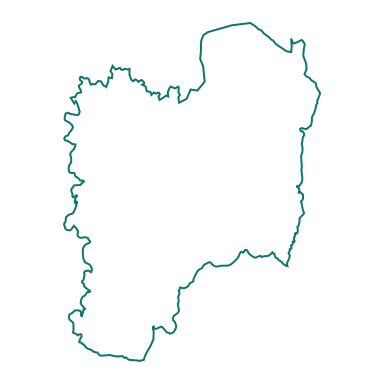 Kadiolo, Sikasso, Mali (Equal Earth projection)
{"feature_id": "8926073B46210070398927", "entity_name": "Kadiolo", "entity_type": "district", "adm_level": 2, "iso_a3": "MLI", "parent_name": "Mali", "parent_adm1": "Sikasso", "projection": "equal_earth", "projection_center": [-5.916, 10.605], "detail": "fine", "context": "isolated", "style": "outline", "palette": "teal", "viewbox_px": 384, "rotation_deg": 0, "n_neighbors": 0, "source": "geoboundaries", "source_scale": "gbopen_adm2", "svg_char_len": 5794}
<svg xmlns="http://www.w3.org/2000/svg" viewBox="0 0 384 384"><path d="M293.2,43.4L291.1,38.6L291.7,46.3L291.2,52.1L286.7,51.3L278.3,45.8L275.1,43.2L273.1,40.5L271.6,39.8L268.2,36.6L264.1,33.6L261.1,30.2L258.5,29.3L255.2,26.2L250.3,23.0L231.7,25.3L208.0,32.1L203.4,35.1L201.1,41.0L200.9,51.3L200.2,59.2L203.1,66.1L204.7,81.7L197.3,90.6L190.7,89.5L186.6,98.9L179.1,102.7L178.3,97.3L179.9,95.2L178.4,91.9L178.8,87.7L178.0,86.7L175.5,88.3L174.1,88.1L170.9,86.5L169.5,88.0L167.8,92.1L168.2,96.5L166.1,95.5L164.7,96.7L159.6,99.9L158.5,96.5L159.8,94.2L159.0,92.7L158.0,92.7L156.4,93.6L153.8,92.5L151.4,94.9L150.5,92.0L146.8,91.3L145.6,86.6L142.2,84.6L144.0,83.8L144.1,82.3L141.6,80.0L138.3,81.9L137.8,80.8L135.2,79.4L133.3,81.2L131.3,79.8L129.5,75.0L129.5,69.0L128.2,69.5L124.2,68.9L122.9,69.9L121.2,69.6L119.9,67.9L115.6,69.5L112.6,65.9L110.5,71.3L112.4,73.9L111.9,78.2L108.6,77.4L108.0,82.4L106.1,87.0L105.0,86.1L104.0,85.9L102.5,84.0L101.0,81.4L98.1,81.0L95.4,84.2L94.0,84.4L92.7,83.9L90.9,84.6L89.8,82.9L89.7,81.5L88.6,78.9L86.8,78.1L86.1,78.5L83.6,78.3L82.5,77.2L80.4,76.9L79.7,78.4L80.0,80.0L82.1,81.7L81.9,83.3L78.8,85.7L79.0,87.2L80.8,90.2L81.0,92.5L77.9,93.0L76.7,93.9L75.1,97.1L72.2,97.3L70.7,97.8L74.3,103.5L75.9,101.1L77.5,104.3L79.7,111.7L78.9,114.1L77.8,115.1L70.0,113.9L68.4,112.7L65.6,113.5L64.6,118.3L64.8,119.6L65.7,120.8L67.3,121.4L70.0,123.1L72.3,125.4L72.9,127.6L71.8,129.6L69.5,132.5L68.0,135.3L65.4,136.4L64.2,138.6L65.2,140.4L68.1,141.1L72.8,144.3L74.6,144.2L75.4,144.5L75.5,145.7L74.0,149.0L71.2,152.0L70.2,153.8L71.2,158.5L71.2,161.0L70.8,163.0L69.4,164.9L68.9,166.9L68.6,169.2L69.0,171.2L69.8,172.6L74.5,173.2L75.1,175.7L75.8,176.6L78.2,178.1L80.4,180.6L83.3,180.5L83.9,181.3L83.6,182.2L82.6,182.4L80.3,185.0L73.9,185.4L72.6,187.8L71.4,188.8L71.4,191.4L72.6,194.3L72.3,196.1L73.0,197.2L75.3,196.3L75.9,195.5L76.6,195.3L77.1,196.1L75.5,197.8L74.8,200.3L74.7,202.3L75.3,203.2L76.0,202.8L76.7,201.7L77.2,202.4L76.6,203.7L76.3,205.8L74.3,210.9L73.2,212.8L72.2,213.7L70.3,214.2L68.1,215.2L66.0,217.4L65.5,221.9L64.4,223.1L64.1,224.5L65.5,229.0L66.7,229.8L68.8,230.3L70.0,230.3L71.1,229.6L73.9,225.8L76.8,228.8L77.0,229.7L77.8,230.9L78.2,231.9L77.4,234.7L78.0,236.2L79.2,237.3L80.6,237.9L85.0,237.2L86.8,237.6L88.2,238.3L88.4,239.5L90.2,241.5L89.7,242.7L86.2,244.2L84.1,246.1L83.2,247.9L82.7,249.6L82.8,252.7L83.4,259.0L84.4,260.7L84.9,262.3L88.9,264.2L90.5,265.6L92.0,269.3L91.2,272.2L90.7,272.2L90.1,271.5L88.3,270.6L87.2,270.6L86.5,271.1L85.0,271.1L84.5,271.7L84.1,272.9L84.5,274.7L83.9,278.4L83.4,280.0L82.0,281.3L82.3,282.8L83.3,283.4L83.9,284.4L84.1,285.9L85.0,287.3L88.5,289.9L89.8,290.6L90.2,291.6L89.4,292.0L87.8,291.9L86.9,292.6L85.1,295.4L82.9,296.7L81.6,298.6L81.0,300.4L80.7,303.4L81.8,305.2L82.7,306.1L83.5,307.4L84.9,308.5L85.0,309.1L83.3,309.9L83.3,311.3L81.9,316.2L81.4,316.0L81.0,315.2L81.1,312.6L80.9,311.7L79.7,310.7L77.9,310.3L74.7,310.5L72.6,312.7L69.3,314.6L69.2,315.8L69.0,318.2L69.6,319.6L72.9,322.4L73.4,323.4L73.5,329.7L73.0,332.6L75.9,333.8L77.8,335.4L78.5,334.7L80.8,334.1L81.4,334.8L81.6,336.6L80.2,338.7L79.4,340.8L79.4,342.3L81.6,342.8L82.4,344.0L83.7,344.5L85.9,347.3L87.8,348.7L91.2,349.9L94.2,352.0L97.5,352.6L99.6,355.3L101.2,355.7L109.8,355.0L114.7,356.2L118.1,356.5L122.3,356.1L124.6,357.9L125.9,357.4L128.4,359.5L129.6,359.9L137.8,360.5L140.1,361.0L141.3,360.4L143.7,360.0L144.9,356.3L147.2,351.6L150.1,346.7L153.4,339.5L153.7,332.2L152.8,327.9L153.0,326.9L153.7,326.5L154.4,328.9L156.3,328.8L161.3,326.6L162.4,327.2L166.7,332.3L168.4,332.7L169.8,333.7L173.5,332.4L174.4,331.0L176.3,327.1L175.8,324.5L175.0,322.1L173.1,320.2L173.0,318.0L173.8,315.9L177.7,313.0L178.7,311.6L178.9,310.1L177.8,303.8L178.8,301.3L178.1,296.7L179.0,295.0L179.5,293.4L178.7,290.6L179.6,289.6L180.2,287.5L183.7,288.3L185.7,287.7L187.5,286.7L189.2,284.7L189.5,283.4L192.4,281.9L193.4,281.1L193.5,279.1L194.6,276.5L197.3,271.4L199.1,269.6L201.8,268.2L203.7,265.3L205.0,264.3L209.2,262.2L210.8,262.7L212.5,264.8L214.3,266.0L216.6,266.6L221.4,265.7L227.4,265.7L229.3,265.2L231.0,264.3L234.5,261.4L237.8,257.8L239.0,255.8L239.5,253.9L240.5,252.4L241.5,251.7L242.8,252.6L243.7,252.3L244.6,250.4L245.4,249.9L247.1,250.3L248.9,253.6L250.8,255.2L253.7,257.2L255.4,257.7L259.8,255.9L260.7,255.9L261.6,257.0L264.4,256.2L267.5,256.0L269.3,255.3L270.6,254.3L272.4,252.3L273.4,253.6L274.3,253.7L275.1,256.7L276.1,258.0L277.1,258.1L278.5,259.9L281.6,261.8L282.5,263.4L284.3,264.7L285.4,265.5L287.4,266.1L286.9,264.5L287.3,262.5L289.5,257.5L289.7,255.8L289.5,254.6L288.7,253.6L288.7,252.6L289.8,251.2L289.6,249.5L290.0,248.9L291.3,248.6L291.5,247.3L291.0,246.2L291.1,245.4L292.1,245.2L292.7,244.0L292.7,241.6L293.5,241.5L294.1,242.0L294.6,240.8L293.7,238.4L294.4,237.6L294.5,236.5L295.1,235.8L295.0,233.6L295.8,232.9L296.9,233.5L297.7,232.0L297.7,228.1L297.3,227.1L298.4,225.9L299.1,223.7L299.6,220.7L299.5,218.9L300.4,217.3L303.9,213.7L303.9,212.6L302.6,208.9L301.7,203.5L301.0,201.5L302.8,199.5L303.2,194.7L302.0,193.9L300.4,192.1L299.4,192.7L298.7,192.7L299.4,190.7L298.9,188.2L297.0,186.9L297.0,186.3L297.7,186.0L298.4,186.6L299.3,185.8L301.7,182.5L302.4,178.1L301.4,170.4L301.8,166.6L301.1,156.1L302.4,152.0L302.5,147.0L301.8,144.8L301.9,142.9L302.5,141.0L302.4,139.2L303.1,137.1L304.2,135.0L303.8,133.1L303.1,132.1L302.4,131.3L301.4,131.4L300.4,130.6L300.2,128.8L301.4,128.1L305.9,129.1L307.3,128.5L309.5,126.5L310.6,126.1L311.2,124.5L311.9,121.5L311.9,118.2L312.3,116.3L313.8,113.8L314.4,112.3L316.0,106.8L316.1,105.2L316.6,104.1L317.4,103.5L317.2,100.7L319.2,96.2L319.9,94.0L319.8,92.4L316.9,87.9L316.2,86.2L316.1,84.2L315.7,83.1L311.1,80.0L309.1,77.6L307.3,77.0L305.8,75.9L304.5,73.9L305.8,71.1L306.6,68.8L306.1,63.4L303.5,56.6L303.3,54.8L303.8,49.4L304.8,44.1L302.7,40.8L301.6,40.0L297.9,41.9L294.2,43.4L293.2,43.4Z" fill="none" stroke="#0f766e" stroke-width="2"/></svg>